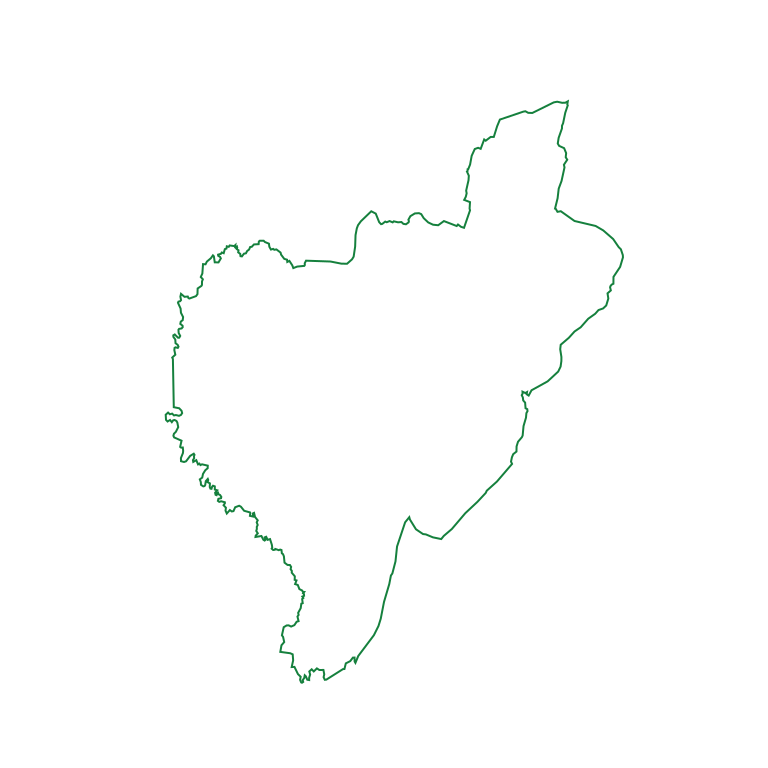 Kong Krailat, Sukhothai, Thailand, rotated 189°
{"feature_id": "78962969B68558189238203", "entity_name": "Kong Krailat", "entity_type": "district", "adm_level": 2, "iso_a3": "THA", "parent_name": "Thailand", "parent_adm1": "Sukhothai", "projection": "equal_earth", "projection_center": [100.025, 16.942], "detail": "fine", "context": "isolated", "style": "outline", "palette": "green", "viewbox_px": 768, "rotation_deg": 189, "n_neighbors": 0, "source": "geoboundaries", "source_scale": "gbopen_adm2", "svg_char_len": 6137}
<svg xmlns="http://www.w3.org/2000/svg" viewBox="0 0 768 768"><g transform="rotate(189 384 384)"><path d="M598.6,441.3L598.8,438.5L597.6,435.1L598.3,433.9L599.9,433.2L600.2,432.0L596.7,426.7L595.7,422.6L592.9,418.7L592.8,415.6L594.5,413.8L594.6,411.5L592.1,410.1L591.7,408.7L592.6,407.2L595.0,406.4L595.5,405.4L594.8,402.3L592.8,399.6L593.5,397.7L594.7,397.5L598.4,400.2L599.7,399.1L599.4,397.6L597.1,395.3L596.3,391.7L593.9,390.4L592.8,388.7L593.3,387.4L595.7,387.6L596.5,386.9L596.4,384.7L594.7,380.3L597.3,377.0L596.4,375.6L588.0,328.2L582.5,328.0L579.8,325.9L578.8,323.7L579.7,321.7L581.5,320.5L584.7,320.8L586.5,320.1L588.6,321.6L590.8,320.6L592.8,322.0L594.8,319.5L593.7,314.5L591.9,313.1L589.7,315.0L587.6,313.1L586.5,315.2L585.2,315.7L583.2,315.0L582.1,313.6L580.5,309.2L582.1,304.2L583.7,302.0L583.9,299.9L582.9,298.4L575.1,296.3L575.5,290.0L574.4,289.4L572.8,289.8L571.9,286.5L571.8,284.3L573.0,279.1L572.4,276.0L569.3,275.7L567.4,276.7L564.2,282.7L561.0,285.4L560.1,284.4L560.4,282.7L559.9,281.1L560.8,278.9L560.2,277.2L557.5,279.4L555.1,275.5L553.9,276.5L552.6,275.2L551.2,276.2L545.3,275.8L545.0,273.2L547.0,270.9L548.7,266.9L548.9,263.1L551.0,261.0L549.6,258.5L549.0,255.8L546.5,254.6L545.3,255.1L544.8,256.2L544.8,260.2L543.2,262.7L542.6,261.7L543.0,259.5L540.4,258.6L540.0,255.0L539.1,253.5L538.0,253.5L537.7,255.7L537.0,256.8L535.1,256.4L534.6,253.3L532.1,252.9L533.8,250.2L533.0,248.2L532.0,248.0L531.6,250.4L531.0,250.8L530.2,249.2L528.5,248.7L527.0,247.0L527.1,245.7L529.6,244.7L529.8,242.6L528.3,241.8L526.5,242.7L522.7,242.3L522.5,241.3L523.5,239.2L520.8,237.1L520.7,234.1L519.0,231.5L516.5,235.4L514.4,234.3L512.8,234.9L511.7,239.0L508.0,241.1L506.1,240.4L502.3,236.9L496.2,236.2L495.8,235.5L495.8,232.8L492.6,232.6L493.2,235.7L492.2,236.4L490.6,232.5L487.4,229.6L488.1,227.5L486.7,225.0L487.3,223.0L486.9,220.9L487.2,218.9L485.3,216.8L487.0,214.1L487.0,212.8L481.3,214.7L478.8,211.3L477.4,210.7L476.7,211.5L477.8,213.9L476.5,214.7L474.5,211.9L472.3,213.0L469.6,207.6L468.8,205.0L469.2,203.8L467.5,202.7L465.9,203.2L465.6,204.1L461.9,203.4L460.7,204.2L459.3,204.0L458.4,200.8L457.1,200.1L455.9,198.1L454.3,192.0L451.0,190.2L448.6,190.5L447.1,188.8L447.3,186.5L445.8,185.0L445.6,183.2L442.0,180.1L441.6,176.6L439.7,176.3L440.5,172.5L437.7,172.0L435.5,168.2L432.5,167.2L431.7,166.1L430.3,166.1L431.2,164.6L430.2,164.0L429.8,162.3L431.4,161.3L430.2,160.0L431.2,158.8L430.0,154.8L431.3,154.1L431.2,149.6L433.0,144.5L432.2,142.6L433.1,140.8L431.3,136.4L433.1,135.5L434.8,131.8L437.8,129.9L440.4,130.7L442.4,130.3L445.0,128.1L445.5,119.8L444.1,118.4L442.2,113.5L444.4,109.9L444.5,103.2L434.5,103.4L431.9,102.7L430.5,96.9L430.9,90.0L428.2,90.6L423.6,84.0L420.5,81.8L420.6,78.7L419.1,76.3L418.3,76.1L417.2,77.1L418.0,78.8L416.8,81.1L416.7,83.9L415.5,83.1L413.5,79.9L411.6,79.9L412.0,82.1L411.5,85.5L412.8,88.4L410.8,90.9L408.4,89.1L405.8,92.6L403.1,91.4L399.1,92.1L397.6,87.9L397.8,85.0L396.2,82.6L394.7,83.0L379.9,96.0L378.5,96.3L378.0,102.1L374.0,105.0L371.9,108.9L370.3,109.2L369.6,105.3L368.6,104.1L366.9,111.3L354.7,134.3L351.6,144.1L350.5,151.7L349.9,168.8L347.5,187.2L347.2,195.9L346.1,198.2L344.9,210.6L345.7,225.5L341.5,250.7L338.2,256.4L337.2,254.2L329.7,245.5L322.0,241.9L319.1,242.0L311.7,240.2L303.2,239.8L301.2,243.3L294.3,251.4L283.5,269.1L273.3,282.2L266.5,292.3L265.8,294.7L257.2,305.3L245.0,325.1L246.4,327.2L246.2,331.6L245.4,334.9L242.6,338.0L243.3,343.1L242.6,347.9L239.5,353.0L239.0,354.8L239.6,364.3L238.5,373.0L238.8,377.5L238.0,379.7L238.6,381.6L240.4,382.2L241.7,387.7L243.9,389.5L244.8,392.5L246.2,394.5L245.6,396.2L246.0,398.1L243.0,397.2L241.5,398.4L241.5,396.2L239.3,395.2L237.3,400.9L222.8,412.2L213.9,423.5L212.3,428.8L212.4,434.4L213.0,438.4L215.4,445.9L215.6,450.4L208.7,458.5L204.0,465.7L198.6,470.8L192.5,480.4L186.4,486.4L183.7,490.6L179.4,492.9L176.8,496.3L175.8,503.5L177.4,508.5L174.6,511.9L175.8,514.8L175.7,516.0L174.7,517.8L173.1,518.9L174.1,525.7L169.1,536.6L167.8,546.5L168.3,548.7L171.1,554.1L173.6,555.9L180.3,563.0L191.5,570.0L199.7,573.2L221.3,574.8L236.4,582.3L239.6,581.2L241.8,583.9L242.5,584.0L241.6,594.6L242.0,604.3L240.4,612.3L239.6,626.2L240.6,628.7L238.1,634.2L240.0,636.4L240.2,640.5L243.0,645.1L248.3,646.6L250.0,648.7L250.0,654.5L248.2,664.3L248.6,666.9L247.9,669.5L247.4,680.3L246.1,688.0L246.7,688.8L246.7,691.9L248.9,690.2L252.1,689.6L257.1,689.9L260.4,688.7L279.9,674.9L284.0,674.4L287.0,675.5L289.0,674.8L310.9,663.3L312.6,656.2L314.2,645.2L317.3,644.7L321.6,640.2L323.3,641.2L325.3,631.4L328.0,632.0L331.1,630.3L333.1,623.1L333.3,614.2L334.4,609.4L335.0,609.2L334.8,607.3L335.3,606.8L332.8,603.0L332.4,598.5L333.1,587.8L332.2,585.3L332.5,581.7L333.6,578.4L327.5,577.1L326.9,570.6L326.2,569.0L329.4,550.8L332.5,551.3L335.9,553.1L336.9,551.4L350.3,554.3L355.3,549.3L360.5,549.0L365.6,550.5L370.7,554.0L373.8,557.6L376.2,558.2L380.2,557.3L384.2,553.9L385.6,550.1L384.9,548.8L385.0,547.5L387.3,545.2L389.9,545.2L392.1,546.7L395.4,545.9L399.8,546.2L400.7,545.0L404.0,545.8L406.6,544.2L408.2,544.6L410.7,541.9L411.9,541.4L414.1,543.1L418.8,551.0L423.6,552.6L432.3,541.1L434.5,536.8L435.2,533.4L435.4,526.6L434.0,515.2L433.9,505.0L435.1,502.1L439.3,497.0L444.9,496.2L456.0,496.6L480.3,493.6L481.2,490.8L480.8,489.2L481.2,488.2L488.1,486.4L491.7,484.3L493.1,486.8L496.7,490.8L498.6,489.4L499.2,491.6L502.1,492.0L505.9,495.7L506.7,497.6L511.3,500.1L513.4,499.4L514.6,500.1L516.7,499.1L518.7,501.6L519.6,504.6L523.8,505.6L525.3,506.7L529.3,506.0L529.9,504.9L529.7,502.5L534.3,501.5L536.1,498.8L537.6,498.4L538.3,495.7L540.0,493.9L540.8,491.5L542.7,490.8L544.3,487.8L545.7,487.8L546.4,490.1L548.6,491.2L548.6,493.3L550.5,494.2L550.3,495.7L550.8,496.8L552.0,495.4L552.6,495.9L552.6,497.9L553.5,496.8L558.1,496.7L558.8,495.2L560.8,495.4L560.8,493.1L562.3,492.3L562.8,488.1L564.8,488.5L565.4,487.1L568.1,485.8L567.8,484.7L565.8,483.9L564.8,482.5L566.5,478.2L570.2,477.7L572.0,483.5L573.1,484.3L574.7,481.1L578.1,477.2L579.0,474.3L581.5,474.1L580.7,464.7L581.7,461.0L579.3,459.1L579.8,456.8L579.3,453.4L579.7,452.3L583.0,449.2L582.3,443.6L583.4,441.4L589.5,438.0L590.5,438.2L591.5,439.7L594.7,438.9L598.6,441.3Z" fill="none" stroke="#15803d" stroke-width="2"/></g></svg>